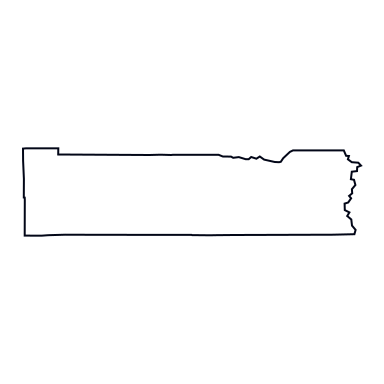 Lewis, Washington, United States of America (Natural Earth projection)
{"feature_id": "52423323B14198169594786", "entity_name": "Lewis", "entity_type": "district", "adm_level": 2, "iso_a3": "USA", "parent_name": "United States of America", "parent_adm1": "Washington", "projection": "natural_earth1", "projection_center": [-122.076, 46.588], "detail": "fine", "context": "isolated", "style": "outline", "palette": "ink", "viewbox_px": 384, "rotation_deg": 0, "n_neighbors": 0, "source": "geoboundaries", "source_scale": "gbopen_adm2", "svg_char_len": 929}
<svg xmlns="http://www.w3.org/2000/svg" viewBox="0 0 384 384"><path d="M218.6,154.8L172.8,154.8L171.1,155.0L160.5,154.7L149.5,155.0L58.2,154.5L58.3,148.3L26.3,148.3L23.0,148.6L23.1,160.8L23.9,179.0L23.8,197.5L24.7,197.6L24.8,199.7L24.7,235.6L41.3,235.7L48.2,235.2L65.6,234.7L94.3,234.8L191.6,234.9L192.1,235.1L212.2,235.3L212.9,235.2L233.4,235.0L332.8,234.7L354.4,234.2L355.6,229.9L352.0,225.6L351.3,219.5L347.2,216.0L349.4,212.4L344.8,210.1L344.6,203.6L348.2,202.5L351.1,198.3L349.1,195.9L352.2,193.3L351.9,189.2L355.4,185.0L354.0,179.8L350.9,179.2L351.8,171.7L357.0,171.1L357.2,167.1L361.0,165.6L358.3,162.7L351.8,162.2L347.9,159.3L348.9,156.0L346.1,155.8L343.8,150.4L293.0,150.4L289.9,151.9L283.2,158.2L280.8,161.8L279.1,162.2L274.8,162.0L264.1,159.6L259.8,156.5L256.4,158.7L251.2,157.0L248.7,159.2L245.7,159.2L238.8,157.1L233.2,157.8L231.0,156.6L222.8,156.5L218.6,154.8Z" fill="none" stroke="#020617" stroke-width="2"/></svg>